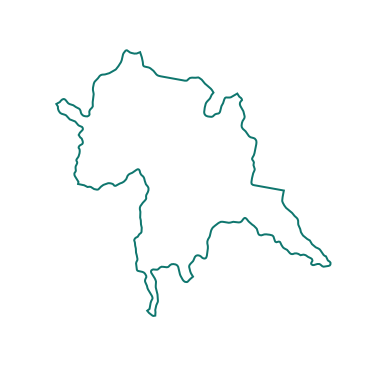 Concepción de la Vega, La Vega, Dominican Republic (Natural Earth projection), rotated 10°
{"feature_id": "3306468B4333912279461", "entity_name": "Concepción de la Vega", "entity_type": "district", "adm_level": 2, "iso_a3": "DOM", "parent_name": "Dominican Republic", "parent_adm1": "La Vega", "projection": "natural_earth1", "projection_center": [-70.509, 19.202], "detail": "fine", "context": "isolated", "style": "outline", "palette": "teal", "viewbox_px": 384, "rotation_deg": 10, "n_neighbors": 0, "source": "geoboundaries", "source_scale": "gbopen_adm2", "svg_char_len": 5985}
<svg xmlns="http://www.w3.org/2000/svg" viewBox="0 0 384 384"><g transform="rotate(10 192 192)"><path d="M282.2,174.6L252.1,174.5L250.7,174.4L249.4,173.7L249.0,172.8L248.8,171.9L248.7,168.1L249.0,163.0L249.8,159.8L249.8,158.5L247.9,154.9L247.8,152.1L247.2,151.1L245.7,149.6L245.4,148.9L245.6,147.6L246.5,145.1L246.8,142.8L247.0,133.9L246.9,132.2L246.5,130.6L246.0,129.8L244.7,128.6L243.4,128.2L240.1,127.9L238.4,127.1L234.2,122.9L231.0,120.9L229.8,119.5L229.3,118.0L229.2,115.4L229.5,113.4L230.7,110.4L230.8,109.4L230.7,108.4L228.6,103.6L224.8,99.0L224.0,97.6L223.8,96.6L223.8,95.6L224.3,94.3L225.3,92.8L225.0,92.1L224.6,91.5L223.9,90.9L222.0,89.9L219.5,87.2L213.8,92.0L212.4,92.5L209.1,93.0L208.4,93.5L208.1,93.9L207.7,95.3L207.2,99.1L206.1,102.3L205.7,107.8L205.5,108.7L205.0,109.6L204.4,110.1L202.5,110.8L201.4,111.4L200.6,112.3L199.6,113.7L199.0,114.2L198.1,114.6L195.7,114.8L194.2,114.8L192.7,114.5L191.8,114.0L190.8,113.0L190.4,112.2L190.1,111.1L189.9,106.6L190.2,102.7L190.5,101.6L191.2,100.2L193.2,97.2L193.6,96.3L194.5,92.9L195.9,90.4L194.0,88.2L192.6,87.0L185.9,83.0L182.1,79.7L179.4,78.4L178.3,78.1L175.6,78.9L172.1,79.4L170.3,80.0L169.1,81.2L167.9,82.9L167.2,83.3L165.8,83.6L141.4,83.5L139.3,83.4L137.8,83.1L136.5,82.4L133.1,79.4L129.5,77.4L127.8,76.9L123.6,76.7L122.8,76.5L122.1,76.0L121.7,75.2L121.0,72.6L119.2,68.1L116.6,63.3L113.5,65.2L111.2,65.7L108.7,65.6L106.9,65.4L103.5,63.8L102.7,63.9L102.0,64.4L100.6,67.0L100.2,68.4L99.9,74.3L99.5,76.4L97.7,80.8L95.8,84.4L95.2,85.0L90.0,89.3L86.0,91.3L83.0,92.1L81.8,92.8L80.9,93.8L79.6,96.4L77.3,99.8L76.8,100.8L76.5,102.3L76.4,106.6L76.7,108.7L77.9,111.8L78.2,112.9L78.6,120.8L79.4,124.8L79.0,126.1L77.4,128.5L77.1,129.4L76.9,130.8L77.6,133.4L77.4,134.2L76.9,134.9L75.8,135.7L74.4,135.9L72.6,135.9L71.2,135.5L69.7,134.4L68.9,133.3L68.0,131.2L67.1,130.1L66.4,129.6L62.9,128.5L60.1,127.2L56.4,126.7L55.1,126.3L54.3,125.8L51.6,123.4L50.5,122.8L49.6,122.7L48.3,123.3L47.1,124.7L46.1,126.5L44.9,127.4L43.1,128.9L45.1,131.1L45.5,133.1L46.5,135.0L47.9,136.5L48.7,137.1L50.1,137.6L53.3,138.0L54.7,138.4L59.0,141.7L64.5,142.8L65.3,143.3L68.4,145.9L69.3,146.3L72.3,147.0L72.9,147.5L73.4,148.2L73.6,149.0L73.6,149.5L73.2,150.3L71.3,153.1L70.5,155.5L72.5,157.7L73.6,158.2L74.2,158.7L75.5,160.9L75.9,162.1L75.9,163.0L75.6,163.8L73.5,165.6L73.0,166.3L72.6,167.5L72.7,168.2L73.8,169.4L74.1,170.2L74.4,171.7L74.5,173.4L74.1,176.8L72.7,179.9L72.6,180.7L72.8,181.3L73.7,182.5L73.9,183.3L73.7,184.5L73.0,186.9L73.1,188.3L73.9,191.2L73.8,192.0L73.0,193.8L73.0,194.6L73.4,195.9L74.0,196.8L78.4,201.7L78.4,203.9L84.7,204.1L88.2,205.2L90.3,204.6L91.5,204.6L95.1,206.1L97.8,206.2L98.7,206.0L99.4,205.6L101.4,202.6L103.2,200.7L104.0,200.1L107.9,197.9L109.8,197.6L111.6,197.7L112.8,198.0L114.4,199.2L115.2,199.3L116.0,199.0L119.3,196.3L121.8,194.8L123.3,193.4L124.7,191.3L125.1,190.4L125.7,187.4L126.6,185.8L127.6,184.9L129.9,183.4L133.6,179.7L134.7,179.0L135.5,179.0L136.2,179.4L136.9,180.4L137.6,182.1L138.4,183.2L139.3,184.1L140.9,185.0L141.9,185.9L142.6,187.0L143.6,189.3L145.3,192.4L147.5,194.3L148.3,195.4L148.6,196.3L148.8,197.9L148.5,199.9L147.5,202.9L147.5,204.2L148.0,206.2L147.9,207.0L147.3,208.3L145.4,211.2L143.6,215.0L143.4,216.5L143.6,217.9L144.6,220.5L145.4,226.2L146.5,228.8L147.4,232.8L148.7,235.9L149.2,240.1L148.8,241.2L147.4,242.8L146.3,245.5L144.7,246.7L143.9,247.7L143.5,248.9L143.5,249.7L144.5,251.6L145.4,254.8L146.5,257.4L147.4,261.4L148.6,264.0L149.9,267.4L150.0,268.6L149.4,270.6L149.3,272.0L151.2,278.1L151.8,278.8L152.6,279.1L157.2,279.3L158.6,279.7L159.8,280.5L161.4,282.4L161.8,283.7L161.2,286.0L161.1,286.9L161.2,287.9L161.6,288.8L163.9,292.2L164.9,294.5L165.8,295.8L170.3,301.0L170.9,301.8L171.5,303.1L171.6,304.0L170.8,306.4L170.5,308.5L170.5,314.5L168.5,316.7L170.6,318.5L174.1,320.4L174.9,320.7L175.8,320.7L177.3,320.1L176.9,316.7L176.3,314.6L176.5,309.7L177.3,306.6L177.4,305.8L177.3,304.9L175.8,298.9L172.9,292.3L172.6,290.8L172.2,287.2L172.0,286.2L171.2,284.8L170.3,283.5L165.8,278.5L165.4,277.2L165.6,276.3L166.5,275.4L167.2,275.0L170.3,274.7L171.5,274.4L172.1,273.9L173.6,271.9L175.0,270.9L176.4,270.7L180.1,270.5L181.3,270.1L181.9,269.6L183.1,267.8L184.4,266.7L186.2,266.2L188.5,266.2L190.3,266.9L191.5,268.3L194.3,274.9L195.1,276.3L198.0,279.9L199.1,280.9L200.0,281.4L200.8,281.7L202.6,281.6L203.3,281.1L205.3,278.1L207.7,275.2L205.2,272.4L204.1,270.6L202.2,266.3L202.1,265.3L202.3,264.3L203.0,262.9L205.0,260.0L205.3,259.1L206.1,255.6L206.8,254.4L207.5,253.8L208.8,253.3L210.6,253.4L211.9,253.9L213.7,255.1L214.9,255.4L216.2,255.3L216.9,254.8L217.2,254.5L217.5,253.6L217.7,252.1L217.4,244.7L217.0,242.5L216.0,239.9L215.7,237.9L216.0,235.9L217.0,233.3L217.2,232.2L217.5,227.1L217.8,225.5L218.6,223.5L220.3,221.4L223.5,217.9L225.5,216.4L227.4,216.0L233.5,215.9L235.0,215.5L237.8,214.2L242.8,213.9L244.3,213.6L245.1,213.1L246.0,212.2L247.2,209.8L247.9,208.8L248.5,208.4L249.3,208.4L250.4,209.0L252.9,211.2L256.8,213.6L258.9,214.6L261.7,216.6L262.3,217.2L264.5,221.5L265.4,222.4L266.6,222.7L267.9,222.6L270.6,221.2L272.5,220.8L276.1,220.6L278.5,220.8L279.3,221.2L280.0,221.8L282.2,225.9L282.7,226.5L283.8,226.8L286.0,225.8L286.8,225.8L287.5,226.1L289.5,228.9L291.3,230.8L292.6,231.5L295.7,232.5L298.7,235.0L299.5,235.5L300.4,235.8L301.2,235.8L302.1,235.6L303.9,234.6L305.7,234.3L307.5,234.5L309.9,235.4L312.1,234.5L313.0,234.3L314.9,234.5L317.7,235.8L320.3,236.5L321.5,237.0L322.0,237.6L322.5,238.5L322.5,239.1L321.8,240.8L321.8,242.0L322.4,242.6L323.5,243.0L324.7,242.8L327.8,241.2L329.7,240.8L330.9,241.1L333.3,242.5L334.6,242.7L339.3,241.1L340.4,240.4L340.8,239.6L340.9,238.8L340.6,237.5L339.7,236.7L337.7,235.8L335.1,232.1L333.7,231.8L332.5,231.1L328.6,227.1L327.5,226.2L326.2,225.7L323.5,225.0L319.2,222.5L316.5,219.3L313.7,218.3L308.9,215.6L306.8,213.3L306.2,212.5L305.0,209.7L302.4,205.8L302.1,204.8L301.5,201.8L300.6,200.2L299.6,199.3L297.2,197.8L294.2,195.2L287.4,191.3L285.2,189.2L283.3,186.8L282.5,185.4L282.3,184.4L282.1,181.2L282.2,174.6Z" fill="none" stroke="#0f766e" stroke-width="2"/></g></svg>